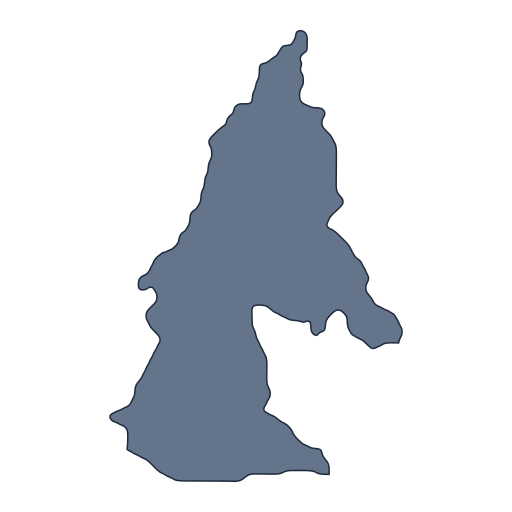 Los Llanos, San Pedro de Macorís, Dominican Republic
{"feature_id": "3306468B56210487942158", "entity_name": "Los Llanos", "entity_type": "district", "adm_level": 2, "iso_a3": "DOM", "parent_name": "Dominican Republic", "parent_adm1": "San Pedro de Macorís", "projection": "albers", "projection_center": [-69.487, 18.651], "detail": "fine", "context": "isolated", "style": "filled", "palette": "slate", "viewbox_px": 512, "rotation_deg": 0, "n_neighbors": 0, "source": "geoboundaries", "source_scale": "gbopen_adm2", "svg_char_len": 6062}
<svg xmlns="http://www.w3.org/2000/svg" viewBox="0 0 512 512"><path d="M307.0,49.2L307.2,39.4L307.0,36.6L306.4,34.8L306.1,34.1L305.1,32.7L303.8,31.7L303.1,31.3L302.3,31.0L300.7,30.7L299.1,30.9L298.3,31.1L297.0,31.9L296.5,32.6L296.0,34.0L295.4,37.0L294.9,38.5L292.3,43.1L291.3,44.2L289.8,45.0L284.8,45.7L283.2,46.2L282.5,46.6L281.5,47.7L277.2,54.7L276.2,55.8L273.6,57.5L267.9,61.8L265.6,62.9L262.0,63.9L260.7,64.8L260.2,65.4L259.9,66.2L259.5,67.8L259.2,74.2L258.8,77.0L258.3,78.6L257.0,81.5L256.4,83.0L255.0,88.9L253.1,93.2L252.7,95.0L252.2,99.5L251.8,101.2L251.5,101.9L250.9,102.6L250.3,103.1L248.7,103.6L247.0,103.8L241.6,103.8L239.7,104.0L238.0,104.6L236.0,105.9L234.6,107.8L234.0,109.3L233.2,112.2L232.5,113.5L229.3,116.3L227.9,118.1L227.2,119.5L226.1,123.2L225.3,124.5L224.3,125.5L222.3,126.8L220.2,128.5L214.4,133.8L211.1,137.3L209.5,139.6L209.0,141.2L209.0,142.9L209.4,144.4L211.0,147.9L211.5,149.7L211.8,153.5L211.6,156.4L211.2,158.2L209.5,161.8L208.9,163.4L208.5,165.3L207.8,171.0L207.4,172.8L205.8,176.4L205.2,178.1L204.0,186.5L203.4,188.2L202.1,191.1L201.6,192.7L201.2,194.6L200.8,199.4L200.2,202.1L199.1,204.3L196.7,208.1L195.7,209.2L192.7,211.3L191.2,213.1L190.5,214.7L190.3,215.6L189.6,222.2L188.8,224.8L185.7,230.1L184.7,231.1L181.8,233.3L180.3,235.1L179.4,237.3L178.7,240.6L178.2,242.2L176.8,244.5L175.6,245.9L172.9,248.4L171.4,249.3L164.9,252.2L162.6,252.7L158.2,256.1L156.4,257.8L154.8,259.7L154.0,261.0L152.7,264.1L150.4,268.3L149.4,270.6L148.0,272.6L146.3,274.2L142.0,276.3L140.8,277.4L139.3,279.3L138.7,281.0L138.3,284.4L138.5,286.8L139.1,288.3L139.7,289.0L141.1,289.8L143.5,289.9L145.0,289.6L146.5,289.0L148.9,287.5L150.3,287.1L151.8,287.3L153.1,288.0L153.9,289.2L155.9,292.4L156.5,293.9L156.9,295.6L157.0,297.3L156.8,299.1L156.3,300.8L155.4,302.3L154.3,303.7L149.3,308.7L147.6,310.7L146.7,312.3L146.4,313.1L146.1,314.8L146.1,316.6L146.3,318.3L146.9,319.9L150.7,327.2L152.4,329.2L158.0,335.0L159.5,337.1L160.0,338.8L160.0,340.5L159.9,341.3L159.3,342.7L157.8,345.4L156.4,348.5L154.0,352.6L152.7,355.7L150.3,359.9L149.0,363.0L146.6,367.2L145.3,370.4L143.0,374.5L141.6,377.6L140.2,379.6L137.3,383.2L135.9,385.6L135.2,388.1L134.7,393.3L134.2,395.9L130.7,403.2L129.2,405.1L127.3,406.5L124.3,407.9L120.0,410.1L116.1,411.6L111.6,414.0L110.5,415.0L110.1,415.7L110.0,417.3L110.4,418.7L111.9,420.4L113.2,421.3L117.0,422.8L119.8,424.3L123.6,426.0L125.5,427.5L126.9,429.5L127.2,430.4L127.6,432.2L127.8,435.9L127.6,443.7L127.1,449.4L128.3,450.3L131.8,452.1L134.5,453.8L138.3,455.5L141.8,457.5L146.4,459.7L149.4,462.1L157.1,469.8L160.1,472.2L164.6,474.5L168.1,476.5L171.2,477.8L174.7,479.7L176.4,480.3L179.3,480.7L183.2,480.9L224.1,481.1L235.9,481.3L239.1,480.7L240.7,480.2L242.4,479.3L246.3,476.3L247.9,475.3L248.8,474.8L250.7,474.3L252.7,474.0L255.7,473.9L271.1,474.1L277.2,474.0L280.2,473.5L282.0,472.9L285.4,471.3L287.3,470.9L289.2,470.6L293.2,470.5L306.3,470.5L310.3,470.8L312.2,471.0L314.1,471.5L318.4,473.5L320.2,473.9L324.1,474.3L329.1,474.4L329.1,468.0L328.9,466.3L328.5,464.5L327.4,462.1L324.1,457.8L323.1,456.4L322.5,454.8L321.4,451.2L320.6,449.9L319.9,449.5L318.5,448.9L312.8,448.2L311.1,447.8L303.7,444.3L302.2,443.4L298.8,440.4L295.1,436.5L293.6,434.3L291.7,430.5L290.8,429.0L289.0,426.9L287.0,425.0L284.8,423.5L281.0,421.6L274.5,416.6L269.9,414.5L265.4,411.9L264.3,410.9L264.0,410.2L263.8,408.7L264.2,407.3L266.0,404.1L267.4,401.1L269.4,397.6L270.0,396.0L270.2,394.3L270.2,392.6L269.9,390.9L269.4,389.3L267.7,385.8L267.2,384.1L266.9,382.3L266.7,377.6L266.9,363.7L266.6,359.8L266.3,358.0L265.7,356.3L263.9,352.8L262.5,349.7L260.1,345.5L258.8,342.3L256.6,338.0L254.9,331.4L253.2,327.8L252.6,326.1L252.3,324.3L252.1,321.3L251.9,310.6L252.1,308.8L252.7,307.2L253.2,306.5L253.9,305.9L254.7,305.6L256.4,305.2L258.1,305.0L260.9,305.1L264.7,305.6L266.5,306.2L268.0,307.1L273.0,311.1L274.4,312.1L277.5,313.5L281.7,316.0L284.8,317.3L289.1,319.5L291.9,320.1L298.5,320.9L302.8,322.1L304.0,322.1L306.9,321.2L308.3,321.2L309.0,321.4L309.6,321.8L310.1,322.5L310.4,323.2L310.7,324.8L311.0,329.2L311.4,331.0L311.7,331.8L312.7,333.3L313.9,334.5L315.3,335.2L316.1,335.3L317.4,334.9L319.4,332.8L319.9,332.5L322.9,331.2L324.1,330.3L324.5,329.7L325.1,328.1L325.7,322.7L326.2,320.9L327.5,318.4L330.6,314.8L333.3,312.2L335.6,310.6L337.3,310.1L339.0,310.1L339.9,310.3L341.5,311.1L343.6,312.8L345.3,314.8L346.3,316.4L346.6,317.2L347.1,319.1L347.5,324.8L348.1,327.6L349.1,329.8L351.4,333.8L351.9,334.3L353.2,335.3L357.8,338.0L361.6,339.8L363.0,340.7L365.0,342.4L369.5,346.7L370.8,347.7L372.2,348.4L373.0,348.5L374.4,348.3L380.0,345.9L383.5,343.9L385.9,343.1L390.3,342.8L398.6,342.9L399.5,339.6L401.2,336.1L401.8,334.5L402.0,332.8L402.0,330.2L401.6,328.5L399.4,324.2L398.1,321.1L394.9,315.7L393.9,314.5L393.4,314.0L388.7,311.2L387.3,310.5L384.2,309.2L380.0,306.9L376.9,305.5L375.6,304.6L374.0,302.8L371.6,298.4L367.7,293.5L366.7,292.0L366.1,290.3L365.8,288.6L365.9,286.0L366.4,284.4L368.3,280.2L368.5,278.6L368.4,277.0L367.8,275.5L366.4,272.7L365.1,269.6L362.7,265.4L361.2,262.4L360.3,261.1L359.2,260.0L356.2,257.8L355.2,256.8L352.0,251.5L349.8,246.9L348.2,244.8L346.4,242.7L339.9,236.1L335.8,232.3L333.0,230.2L330.1,228.8L328.7,228.0L327.7,227.0L327.0,225.8L326.8,225.1L327.0,223.7L329.1,218.9L329.9,217.4L332.3,214.6L339.1,208.1L341.5,205.5L342.5,204.0L342.8,203.2L343.0,202.3L342.9,200.6L342.7,199.8L342.0,198.3L338.6,194.2L337.6,192.8L336.9,191.1L336.5,189.3L336.2,186.6L336.2,183.7L336.4,151.3L336.2,148.5L335.8,145.8L335.3,144.2L331.5,136.8L329.9,134.7L325.5,130.2L323.7,128.2L322.8,126.7L322.1,125.1L321.9,123.4L322.0,120.8L322.5,119.2L324.5,115.2L324.8,113.6L324.5,111.9L324.2,111.2L323.2,109.9L322.0,108.9L321.3,108.5L318.8,107.9L313.6,107.6L311.0,107.1L303.6,103.7L302.3,102.7L301.2,101.5L300.3,100.1L299.8,98.5L299.6,96.7L299.5,94.9L299.9,91.4L300.4,89.8L302.2,86.2L302.8,84.7L303.2,83.0L303.3,80.3L303.1,77.6L302.8,75.9L302.3,74.4L300.9,71.6L300.5,70.1L300.6,67.7L301.4,65.1L301.5,63.8L301.3,62.5L300.4,59.9L300.3,58.4L300.4,57.6L300.6,56.8L301.4,55.4L302.9,53.8L305.7,51.7L306.5,50.5L307.0,49.2Z" fill="#64748b" stroke="#1e293b" stroke-width="1.5"/></svg>